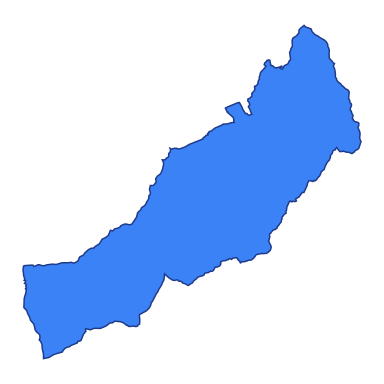 Dofteana, Bacau, Romania
{"feature_id": "2599482B75140484228635", "entity_name": "Dofteana", "entity_type": "district", "adm_level": 2, "iso_a3": "ROU", "parent_name": "Romania", "parent_adm1": "Bacau", "projection": "mercator", "projection_center": [26.493, 46.301], "detail": "fine", "context": "isolated", "style": "filled", "palette": "blue", "viewbox_px": 384, "rotation_deg": 0, "n_neighbors": 0, "source": "geoboundaries", "source_scale": "gbopen_adm2", "svg_char_len": 5929}
<svg xmlns="http://www.w3.org/2000/svg" viewBox="0 0 384 384"><path d="M260.6,253.7L266.2,253.4L267.9,252.6L270.3,250.3L270.7,249.2L271.2,247.0L270.7,245.3L268.5,240.9L269.0,240.2L269.8,236.5L269.5,235.3L269.5,234.0L270.7,233.3L271.1,232.4L273.2,230.0L275.3,229.5L277.2,227.9L277.3,227.1L277.9,226.3L278.0,225.6L279.0,225.0L279.7,223.6L281.1,222.2L281.4,220.1L282.0,219.1L282.0,217.6L282.4,216.5L282.8,216.3L284.4,214.2L286.1,213.2L285.9,211.5L286.5,210.4L286.8,207.3L289.4,201.4L290.3,201.4L290.6,201.1L291.2,201.7L292.4,201.7L292.8,201.2L295.1,201.6L296.4,201.0L295.6,198.8L299.0,197.0L302.3,192.4L303.9,192.5L307.1,185.5L307.4,183.7L308.6,181.1L309.2,180.7L310.5,180.7L312.7,181.5L313.7,180.6L313.7,181.1L315.4,180.6L316.5,179.8L318.4,176.9L319.4,176.3L320.5,174.2L320.9,172.5L322.0,171.1L324.0,169.6L325.5,165.6L327.3,162.2L329.3,160.2L329.8,158.7L330.4,157.6L330.4,155.6L332.2,153.4L332.8,151.3L333.5,150.3L335.5,149.8L335.5,148.9L336.6,147.5L339.8,151.6L342.7,151.4L343.7,150.9L344.2,151.5L346.8,152.2L348.6,152.2L351.9,153.6L354.2,152.1L355.1,150.7L357.8,149.3L358.9,148.1L361.0,141.5L359.9,139.3L359.7,137.3L360.1,133.3L359.6,132.4L359.7,131.5L358.0,127.8L358.1,127.1L358.7,125.9L358.9,123.3L357.6,122.3L354.8,121.6L353.5,120.4L353.1,119.3L352.4,118.9L352.5,117.3L352.9,116.8L352.9,115.0L352.1,114.0L351.3,111.2L350.3,110.0L350.3,108.4L351.2,106.3L351.5,105.3L351.4,104.0L350.2,102.7L349.8,101.8L349.7,100.5L348.6,98.2L349.2,91.8L347.7,89.8L345.5,88.8L342.8,86.1L342.1,85.8L340.7,83.9L337.9,81.7L336.8,80.3L336.5,78.8L335.4,77.0L335.4,74.2L334.8,69.5L333.5,66.4L333.5,65.5L334.5,63.6L332.5,62.2L332.1,61.2L330.9,60.1L329.2,57.9L329.1,52.7L329.3,50.2L328.6,47.8L327.8,46.5L327.8,44.9L327.4,43.8L326.2,41.7L324.0,39.8L320.4,37.9L317.7,35.9L315.1,34.8L312.1,31.7L311.7,30.9L311.5,29.7L311.1,28.9L305.8,27.0L304.8,26.3L304.1,25.4L300.6,28.2L299.4,29.5L299.0,30.5L298.9,32.9L296.5,35.8L292.8,38.2L292.1,40.6L292.4,46.3L291.0,48.5L290.6,50.4L289.6,52.4L290.6,59.5L289.3,60.8L287.9,63.9L284.3,65.7L282.5,69.1L281.1,68.8L280.1,68.2L280.5,67.4L282.0,66.9L281.9,66.2L281.6,66.1L279.1,67.2L276.4,67.8L274.5,67.5L273.1,66.1L272.3,65.7L271.6,65.8L271.4,65.3L270.7,65.0L269.9,60.3L269.4,60.1L268.5,59.9L266.8,60.5L266.9,61.1L266.5,61.5L264.7,63.0L264.2,64.7L266.0,66.1L262.9,70.1L261.3,71.4L260.2,73.4L260.1,75.1L259.2,77.3L259.4,79.2L258.4,80.4L258.4,81.2L257.9,82.8L257.8,84.2L255.8,86.0L254.6,86.2L254.5,86.5L254.5,87.0L255.0,88.5L254.6,89.2L254.7,90.3L251.8,93.4L251.9,95.9L251.7,96.6L251.3,96.7L249.9,98.2L248.0,98.9L247.9,99.4L247.8,101.0L249.0,102.4L249.8,104.6L248.5,106.2L248.4,106.8L250.2,109.9L250.5,111.4L251.9,114.1L248.5,115.4L246.9,113.5L245.3,113.4L242.4,108.5L241.9,107.0L239.4,102.5L238.3,103.0L237.8,102.7L227.9,106.8L225.4,108.0L225.4,108.3L227.3,112.2L227.6,112.0L227.9,112.7L233.5,117.7L233.8,121.2L234.2,122.4L231.8,122.6L226.9,124.0L223.3,124.1L221.0,125.5L214.9,128.1L211.3,131.0L209.1,131.6L208.7,132.7L208.4,132.8L208.4,133.5L207.6,133.7L207.9,135.1L205.8,135.5L205.8,135.9L205.1,136.7L204.3,136.9L203.4,138.1L202.6,138.4L202.7,139.1L189.7,144.2L185.3,146.8L179.5,149.0L177.2,148.7L176.8,148.3L174.0,148.3L173.5,148.7L171.4,149.1L170.2,148.4L170.5,149.1L170.2,151.9L168.7,153.5L168.6,156.8L166.1,158.4L165.3,159.6L164.5,159.9L162.3,159.8L163.5,162.6L163.7,164.1L162.4,169.6L160.7,173.7L157.4,176.1L155.8,178.5L155.7,179.9L156.2,180.7L156.2,181.7L154.5,184.3L153.1,185.6L150.3,185.5L150.3,186.4L149.8,187.7L149.5,189.4L150.5,193.4L150.3,194.1L148.9,195.8L148.7,198.4L147.9,200.3L146.7,201.8L145.8,204.0L144.8,205.5L141.7,207.6L141.2,208.3L141.0,209.5L137.7,212.6L136.5,217.2L131.9,224.1L129.6,224.8L126.0,224.0L124.1,224.2L120.9,225.7L120.1,226.8L118.5,227.9L114.7,228.9L112.8,230.9L110.4,230.3L108.4,235.3L106.1,237.2L102.0,239.3L99.5,243.7L95.3,246.4L93.4,248.2L91.3,248.2L88.4,249.7L84.9,252.8L83.4,255.1L79.9,256.8L79.2,257.8L78.4,260.2L77.8,261.0L76.4,262.0L74.0,263.1L72.7,262.9L71.3,262.3L68.9,262.7L61.9,262.8L56.1,264.5L52.5,264.1L46.6,264.9L44.4,265.7L41.5,265.6L39.8,264.8L38.2,264.7L34.0,266.6L33.0,265.2L31.9,265.1L24.7,265.6L23.5,266.1L23.0,270.3L23.6,274.2L23.5,275.2L24.4,277.7L24.7,279.5L24.2,280.3L25.6,280.5L25.3,281.3L25.4,282.5L24.5,283.2L26.5,284.8L25.7,286.3L26.5,288.2L25.5,288.8L26.2,290.3L26.2,291.3L25.5,294.0L25.6,294.4L25.0,295.4L24.2,298.6L23.9,307.6L26.6,310.4L27.7,313.6L29.7,317.3L30.5,320.3L33.6,323.8L34.5,326.4L35.1,329.8L36.6,332.0L38.9,333.9L39.7,335.0L40.0,337.2L39.7,338.8L39.2,339.9L40.7,341.5L41.9,344.2L42.1,346.0L42.1,348.0L43.5,354.1L43.5,358.6L48.4,357.6L49.6,357.1L52.6,355.2L55.3,354.0L62.3,352.0L63.4,350.1L64.9,348.5L66.9,347.3L69.2,346.8L71.4,345.3L77.3,342.9L78.0,341.2L79.9,341.1L81.1,340.2L83.5,334.2L85.9,331.3L85.5,329.3L85.7,328.6L90.3,329.8L93.6,328.5L95.0,328.3L100.4,328.4L105.8,326.1L108.0,324.6L109.5,323.1L112.5,322.8L114.9,321.2L120.3,321.7L122.8,322.5L124.8,323.7L125.9,324.9L126.7,325.2L127.1,325.0L128.2,325.8L128.3,326.3L130.3,326.5L133.0,326.0L135.9,326.6L137.2,326.3L138.4,324.7L139.6,324.0L139.8,319.7L139.3,315.1L139.5,314.6L146.7,310.6L149.2,308.0L150.7,305.3L151.1,303.2L152.6,301.0L156.4,293.6L157.9,291.6L158.3,290.3L161.6,284.9L162.6,282.3L163.3,281.2L164.0,279.5L164.6,273.9L168.9,277.8L172.5,280.1L175.1,280.4L176.5,279.9L177.8,280.1L178.3,280.8L179.3,281.4L180.7,281.2L181.6,281.7L182.8,283.1L185.8,284.0L187.7,285.3L188.5,285.4L191.1,283.5L192.6,282.8L193.8,280.7L196.4,278.9L197.9,277.1L203.5,275.4L203.9,275.1L204.7,273.4L205.1,273.1L208.6,272.5L210.0,271.3L212.1,271.3L213.3,270.6L215.1,267.2L217.5,267.0L219.6,265.9L220.3,265.1L220.2,264.9L220.9,263.8L220.5,262.7L220.6,262.0L223.2,260.7L225.8,260.6L227.3,259.6L228.7,259.6L229.1,258.7L229.7,258.5L231.6,259.4L232.7,258.3L235.2,257.7L236.8,257.8L238.1,259.9L239.4,261.0L240.4,262.9L240.8,262.8L241.7,261.6L243.0,261.9L246.1,261.3L248.8,260.2L251.4,260.0L253.8,258.0L255.3,256.1L255.5,255.4L256.5,254.6L260.6,253.7Z" fill="#3b82f6" stroke="#1e3a8a" stroke-width="1.5"/></svg>